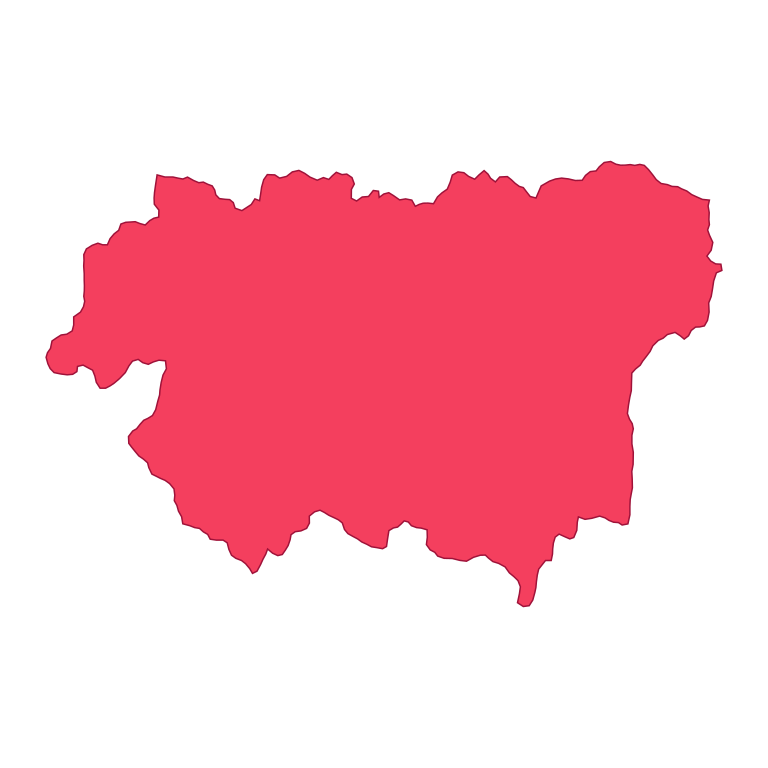 the district of Piumhi, Minas Gerais, Brazil
{"feature_id": "56859067B73067757776570", "entity_name": "Piumhi", "entity_type": "district", "adm_level": 2, "iso_a3": "BRA", "parent_name": "Brazil", "parent_adm1": "Minas Gerais", "projection": "natural_earth1", "projection_center": [-46.063, -20.459], "detail": "fine", "context": "isolated", "style": "filled", "palette": "rose", "viewbox_px": 768, "rotation_deg": 0, "n_neighbors": 0, "source": "geoboundaries", "source_scale": "gbopen_adm2", "svg_char_len": 4835}
<svg xmlns="http://www.w3.org/2000/svg" viewBox="0 0 768 768"><path d="M352.0,177.6L346.8,174.1L342.0,174.6L336.3,172.3L332.4,175.7L328.8,179.4L323.4,177.6L317.2,180.2L310.0,177.1L304.6,173.3L298.9,170.4L292.3,171.9L286.6,176.4L279.6,178.1L274.8,174.9L267.3,174.6L263.7,179.7L261.6,187.2L260.8,192.9L259.6,200.7L254.9,198.9L251.3,204.5L246.7,207.5L241.9,210.6L235.1,208.2L233.3,202.6L229.7,199.6L225.1,199.3L219.4,198.6L215.8,194.8L214.7,190.0L212.2,185.9L207.8,184.3L203.3,182.1L198.8,182.7L193.6,180.5L187.5,177.1L182.9,179.0L177.9,178.1L172.9,177.0L164.9,177.0L157.1,174.9L155.5,185.4L154.5,192.6L154.1,198.0L154.3,204.2L158.9,210.1L158.7,217.1L153.9,218.2L149.8,220.6L145.2,225.0L139.8,223.5L135.2,221.7L130.7,222.0L125.7,222.3L120.9,224.0L118.7,230.3L114.2,233.8L110.1,238.6L107.4,244.8L102.6,244.8L97.9,243.2L92.2,245.3L86.4,248.9L83.8,254.6L84.0,260.4L83.7,265.9L84.2,273.6L84.2,280.1L84.4,285.7L84.3,291.0L83.8,296.3L84.7,301.3L83.5,306.7L80.5,312.1L73.7,316.9L73.7,325.0L72.2,330.9L66.8,334.2L61.1,335.0L56.5,337.9L52.0,341.0L50.5,348.4L47.5,352.7L46.1,357.3L47.9,363.8L50.2,368.6L54.1,372.6L60.9,374.0L67.2,374.8L72.7,374.3L76.9,371.6L77.5,366.4L83.1,365.1L87.5,367.5L92.6,370.2L94.9,376.1L96.3,382.3L100.1,388.2L105.6,388.2L110.2,385.8L114.2,383.1L119.5,378.6L125.3,372.6L128.9,365.9L132.5,361.1L138.2,359.4L142.8,362.7L148.3,364.3L153.4,361.9L158.9,360.2L165.5,360.8L166.4,368.8L163.0,375.1L161.2,382.4L160.0,389.9L159.6,395.0L157.8,401.2L155.7,409.7L152.5,415.5L147.8,418.4L143.7,420.3L140.1,424.3L136.6,428.8L132.7,431.0L128.5,436.5L128.8,443.4L131.7,447.2L135.0,451.3L138.8,455.9L143.3,459.0L147.6,462.8L148.8,467.6L151.9,474.1L156.4,476.3L160.5,478.4L165.0,480.3L169.6,483.6L174.0,488.9L174.8,495.3L174.3,500.7L176.9,505.4L178.5,511.2L181.6,516.7L182.8,523.8L189.8,525.7L194.7,527.6L199.5,528.4L203.4,531.9L207.7,534.4L210.2,539.2L216.3,540.1L223.1,540.1L227.2,542.8L228.9,549.4L231.5,555.2L235.8,558.3L241.5,560.5L245.6,563.7L249.7,568.6L252.5,573.4L257.0,571.2L260.6,564.5L262.9,559.4L265.8,554.0L267.6,549.0L272.6,553.2L277.8,555.6L282.3,554.5L285.3,550.2L288.1,545.6L290.1,539.8L291.0,534.7L295.2,531.7L300.9,530.9L306.6,528.4L309.4,523.1L309.3,516.1L314.6,511.8L320.0,510.2L324.1,512.3L328.9,515.3L334.5,517.9L338.4,519.8L342.3,522.9L344.5,529.5L347.9,533.6L352.7,536.3L357.6,538.9L361.8,542.0L366.9,544.3L371.5,546.8L376.7,547.6L382.6,548.7L386.5,546.5L387.6,538.7L388.9,530.6L393.5,527.9L397.6,527.1L401.0,524.1L404.2,520.9L408.3,522.0L411.4,525.7L416.6,527.6L421.2,528.1L427.1,529.8L427.3,537.3L426.4,544.6L430.2,549.9L434.8,552.3L437.7,556.1L444.1,558.3L452.3,558.5L459.9,560.4L466.5,561.2L473.5,557.3L480.4,555.2L485.4,555.1L488.5,558.1L492.9,561.6L498.7,563.4L505.1,566.9L509.4,572.9L513.9,576.6L518.0,580.6L520.4,586.8L519.4,593.9L517.5,602.7L523.3,606.5L529.2,605.7L532.8,600.0L534.9,592.3L535.9,587.5L536.4,581.8L537.3,575.0L538.7,569.1L541.7,565.3L545.5,560.5L551.2,560.5L552.5,554.0L552.7,548.9L553.4,543.0L555.2,537.1L559.1,534.1L564.3,536.5L569.8,538.9L573.8,537.5L576.8,530.3L577.3,522.2L578.4,516.9L585.0,519.3L591.8,518.3L599.7,516.1L605.1,517.9L609.0,520.4L613.5,522.2L618.5,522.6L622.1,525.0L627.9,523.9L629.9,514.8L629.9,506.4L630.2,499.6L631.2,494.0L632.4,487.8L632.2,478.9L631.8,471.4L633.1,464.4L633.3,452.3L631.9,443.9L631.9,435.3L633.3,428.8L632.2,423.6L629.5,419.2L627.4,413.6L628.5,405.0L629.8,397.4L631.3,390.7L631.5,382.4L631.8,373.1L635.6,368.9L640.2,365.2L642.7,361.1L645.9,357.0L650.1,351.4L652.8,345.8L658.3,340.4L663.1,338.2L667.4,334.5L675.1,332.4L680.3,335.8L684.2,339.1L688.5,335.8L691.2,330.5L695.5,327.1L699.9,326.9L704.4,325.9L707.5,320.4L709.1,312.1L708.7,302.9L711.2,296.5L712.4,289.6L713.7,280.9L716.4,272.8L721.9,270.4L720.9,264.2L715.6,263.9L710.7,261.0L706.9,256.1L711.2,250.2L712.8,242.4L709.6,235.5L707.6,230.0L709.4,224.7L708.9,219.7L709.2,212.6L708.1,206.0L709.4,200.1L702.4,199.4L696.7,196.9L691.7,194.6L686.8,191.0L681.5,188.8L677.7,186.7L672.0,186.4L667.4,184.6L661.1,183.5L656.3,179.7L652.9,175.1L648.6,169.7L644.3,165.4L639.8,164.4L634.8,165.4L630.2,164.6L625.5,165.1L620.7,165.2L615.9,164.2L610.7,161.5L604.2,162.5L599.3,166.8L596.1,170.9L590.3,171.6L585.5,175.4L582.2,180.3L575.3,180.5L568.4,178.9L561.6,178.1L555.5,179.0L549.6,181.1L544.9,183.8L541.2,185.9L539.2,190.5L536.0,198.0L530.2,196.5L526.5,191.8L523.3,187.6L519.3,186.4L515.1,183.3L511.3,179.7L507.4,176.6L499.7,177.0L495.4,181.9L490.6,178.3L488.0,174.1L484.1,170.6L479.0,174.9L474.7,179.2L468.6,176.4L463.9,172.7L458.0,171.9L452.3,175.1L450.2,182.2L447.3,189.1L441.9,192.9L437.5,196.9L433.5,203.7L428.0,203.1L423.2,203.2L419.2,204.4L415.3,206.3L411.8,200.1L405.6,198.9L399.6,199.9L393.5,195.6L388.8,192.7L383.8,194.0L379.2,197.4L378.5,191.2L373.3,190.5L368.5,196.5L362.2,197.0L356.6,201.0L351.3,198.3L351.4,189.4L354.3,184.0L352.0,177.6Z" fill="#f43f5e" stroke="#9f1239" stroke-width="1.5"/></svg>